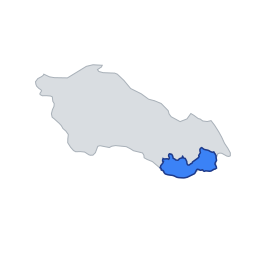 Albania, with Kukës highlighted, rotated 118°
{"feature_id": "ALB-1502", "entity_name": "Kukës", "entity_type": "County", "adm_level": 1, "iso_a3": "ALB", "parent_name": "Albania", "parent_adm1": "", "projection": "mercator", "projection_center": [20.174, 42.189], "detail": "fine", "context": "in_parent", "style": "filled", "palette": "blue", "viewbox_px": 256, "rotation_deg": 118, "n_neighbors": 0, "source": "natural_earth", "source_scale": "10m", "svg_char_len": 3426}
<svg xmlns="http://www.w3.org/2000/svg" viewBox="0 0 256 256"><g transform="rotate(118 128 128)"><path d="M85.7,79.3L85.9,75.8L86.7,70.3L86.2,68.5L86.7,65.3L85.1,61.1L82.5,58.1L85.0,52.7L88.7,46.2L92.1,41.0L96.2,35.6L99.0,30.4L101.9,26.0L104.5,24.6L105.8,25.6L106.4,27.5L106.3,33.3L107.1,35.3L108.9,36.7L112.6,36.0L116.7,34.6L122.3,31.5L123.2,31.7L125.3,33.3L129.6,40.3L132.4,46.4L138.0,48.5L141.1,50.9L145.1,54.5L147.1,58.2L149.8,69.3L150.1,75.9L149.3,79.0L148.6,79.8L146.2,90.7L146.8,96.2L146.7,99.8L144.6,101.2L143.2,103.5L145.5,112.5L145.2,116.4L145.3,120.8L149.4,130.8L151.8,133.9L154.0,135.3L156.8,144.5L158.4,146.1L165.1,145.2L168.4,146.2L169.7,148.4L170.0,149.9L169.6,155.0L171.2,159.0L173.5,163.0L173.5,165.5L172.0,169.5L169.3,174.3L165.7,176.1L161.8,177.6L159.9,181.3L159.0,185.2L157.2,188.0L156.1,191.2L154.5,197.6L154.1,200.0L151.4,202.3L147.3,203.3L143.6,203.5L141.1,204.6L139.8,206.8L137.5,208.5L136.1,209.3L136.1,211.3L137.8,215.3L139.7,218.7L139.8,221.3L138.8,222.0L135.8,221.7L135.2,222.7L134.8,225.6L134.0,228.2L132.8,229.7L130.6,231.4L126.7,230.8L123.0,228.3L121.1,227.5L120.0,227.6L119.7,221.4L118.1,216.6L112.2,205.0L93.1,193.7L88.6,188.6L86.6,184.3L84.7,180.2L86.6,180.1L88.4,181.1L90.8,182.4L91.8,180.3L90.8,175.9L85.8,165.5L85.5,162.7L87.9,154.0L91.9,144.2L91.6,132.3L92.9,123.3L91.5,117.4L90.8,110.2L93.8,100.7L96.3,98.3L97.8,95.2L97.9,85.0L92.3,80.2L85.7,79.3Z" fill="#d9dde1" stroke="#a8b0b8" stroke-width="1"/><path d="M149.4,79.0L148.1,79.8L148.0,81.0L147.5,81.0L146.6,81.2L145.8,81.4L142.6,80.8L141.5,80.9L140.9,81.0L141.1,81.4L141.2,81.6L141.0,81.9L140.5,82.2L139.8,82.5L138.5,82.7L138.6,82.2L138.2,81.2L136.8,79.0L136.5,77.6L136.5,77.4L135.5,77.3L134.7,77.6L134.4,78.0L134.1,78.5L133.7,78.9L133.1,79.3L132.2,79.5L131.6,79.4L131.2,79.1L131.1,78.7L131.0,78.4L131.1,78.2L131.1,77.9L131.0,77.7L130.7,77.2L131.3,76.0L131.5,75.7L131.8,75.5L132.0,75.4L132.1,75.2L132.3,74.9L133.3,74.1L133.5,73.9L133.5,73.5L133.5,72.8L133.5,72.3L133.5,71.8L133.7,71.5L133.8,71.1L133.8,70.7L133.3,69.4L133.1,68.9L132.5,68.5L131.0,68.2L129.7,67.1L129.3,66.4L129.0,66.1L128.7,66.2L128.3,66.4L127.9,66.5L127.3,66.6L127.3,66.4L128.1,65.4L128.4,64.4L128.3,64.0L128.0,63.4L128.2,62.9L129.6,60.9L129.9,60.5L130.4,60.1L131.1,59.7L132.0,58.9L132.5,57.9L132.1,56.7L130.6,56.0L130.1,55.9L129.9,55.6L129.6,55.3L129.3,55.1L129.0,55.0L127.7,55.1L121.8,52.2L121.1,52.0L119.9,51.8L119.0,52.7L116.0,52.5L115.6,52.6L115.3,52.9L114.5,53.7L114.2,53.9L113.9,54.0L113.7,54.0L113.4,54.2L113.1,54.5L111.8,54.4L111.1,54.0L110.7,53.7L110.8,53.0L110.9,52.4L111.0,52.1L111.0,51.8L111.0,51.6L111.1,51.4L111.1,50.8L110.9,49.8L110.2,47.4L110.0,46.3L110.0,45.5L110.1,44.9L110.0,43.2L109.9,42.6L109.8,42.1L108.9,41.1L108.9,40.9L108.9,40.7L109.4,40.2L109.6,39.9L109.8,39.2L110.0,38.9L110.1,38.7L110.3,38.5L110.5,38.2L111.0,37.3L111.3,37.2L113.3,36.0L113.8,35.5L115.1,34.6L117.6,34.7L119.0,34.3L120.8,31.8L121.9,31.0L123.3,31.8L124.3,32.9L126.9,34.4L127.8,35.5L129.3,39.1L129.6,39.5L130.3,40.1L130.5,40.7L130.5,41.3L130.0,42.1L129.9,42.5L130.2,43.0L131.0,43.7L131.3,44.1L131.4,44.7L131.3,45.6L131.4,46.1L131.8,47.3L132.3,47.7L132.9,47.8L136.4,47.7L137.2,47.9L143.7,52.6L144.5,53.6L144.9,54.0L145.9,55.4L147.9,59.7L148.5,61.5L148.6,62.8L148.6,65.0L148.9,66.3L150.5,70.6L150.8,72.0L151.0,72.9L151.0,73.8L150.5,75.1L150.1,75.6L149.7,75.9L149.4,76.3L149.1,77.2L149.1,77.7L149.4,78.5L149.4,79.0Z" fill="#3b82f6" stroke="#1e3a8a" stroke-width="1.5"/></g></svg>